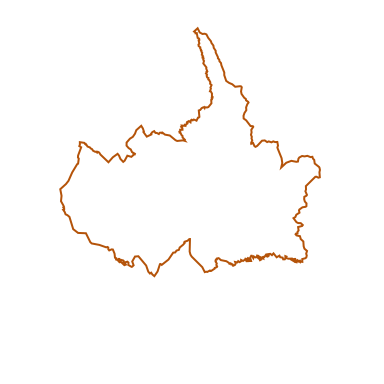 outline of Ron Phibun, Nakhon Si Thammarat, Thailand, rotated 141°
{"feature_id": "78962969B70310108322662", "entity_name": "Ron Phibun", "entity_type": "district", "adm_level": 2, "iso_a3": "THA", "parent_name": "Thailand", "parent_adm1": "Nakhon Si Thammarat", "projection": "natural_earth1", "projection_center": [99.867, 8.196], "detail": "fine", "context": "isolated", "style": "outline", "palette": "amber", "viewbox_px": 384, "rotation_deg": 141, "n_neighbors": 0, "source": "geoboundaries", "source_scale": "gbopen_adm2", "svg_char_len": 6004}
<svg xmlns="http://www.w3.org/2000/svg" viewBox="0 0 384 384"><g transform="rotate(141 192 192)"><path d="M303.3,259.2L303.5,256.6L304.3,254.2L303.4,252.4L302.9,249.8L307.7,237.9L306.3,231.9L300.4,226.7L302.6,217.0L302.3,215.1L297.3,209.2L293.5,203.0L292.3,202.5L292.0,201.6L293.1,200.1L293.1,198.7L290.6,198.0L289.7,197.1L291.0,192.8L293.2,189.4L292.6,188.3L293.5,187.3L292.8,186.2L291.3,186.3L290.6,185.7L290.9,185.0L292.6,184.6L292.5,183.0L291.2,182.4L290.6,183.9L289.9,184.0L288.5,182.0L288.5,181.3L289.3,180.6L291.0,180.7L290.6,177.7L289.1,177.2L288.8,178.9L288.3,179.5L286.0,178.5L285.8,177.1L287.4,175.4L286.1,171.9L285.5,171.6L283.5,171.8L282.2,175.6L276.9,177.7L274.1,175.8L273.9,163.7L276.1,157.6L276.0,155.1L274.5,155.0L274.7,152.8L274.2,150.3L268.8,151.9L262.3,156.1L261.7,155.8L261.4,154.4L252.8,154.3L244.8,156.7L243.1,155.6L240.9,156.2L238.6,155.3L236.5,156.6L232.0,156.6L229.8,157.0L229.7,157.8L229.0,158.0L226.1,156.9L223.7,157.1L223.2,156.7L231.3,147.2L232.6,144.4L232.9,142.0L231.3,127.1L232.5,121.7L231.2,121.2L230.5,120.3L227.5,119.7L227.5,119.1L226.8,118.6L222.6,118.2L222.1,118.7L220.0,118.0L219.3,118.3L219.0,120.0L217.7,120.9L217.5,123.0L217.0,123.1L216.7,124.1L215.6,124.5L215.0,124.0L214.4,124.6L212.9,123.8L212.4,120.9L208.8,116.5L207.9,113.6L208.1,112.7L206.9,112.3L207.1,111.2L206.4,111.0L206.0,110.0L206.6,109.3L206.5,108.8L204.5,108.3L203.1,108.9L202.5,110.5L201.0,108.7L199.6,109.2L199.1,107.5L197.3,107.3L196.6,108.2L195.7,106.3L193.3,106.1L192.5,106.5L192.1,105.6L193.0,105.2L193.2,103.9L192.1,103.1L191.6,105.3L190.1,105.5L189.7,104.3L190.5,102.0L189.5,101.2L188.2,104.3L186.1,105.2L185.6,104.8L186.0,102.0L184.5,103.0L183.9,101.3L182.6,100.7L181.4,101.6L180.6,100.6L180.5,98.6L182.2,99.3L181.8,97.6L182.1,96.2L180.8,96.0L180.9,97.6L179.8,98.2L178.5,95.5L177.5,97.6L177.5,96.7L176.7,95.9L174.4,96.6L174.4,94.9L173.9,94.2L172.5,94.2L172.5,96.1L170.1,94.7L169.6,92.6L167.3,93.0L167.3,88.0L164.1,87.5L164.5,85.8L162.9,84.0L163.5,82.3L162.3,81.3L161.3,81.5L159.8,83.4L159.3,82.5L159.9,82.4L160.3,81.3L159.0,79.4L156.1,77.3L156.0,76.4L157.3,76.6L156.6,74.7L154.8,75.7L153.9,75.0L154.1,74.4L155.8,74.1L156.1,73.0L155.0,71.6L154.2,72.4L153.5,71.5L153.4,72.5L152.9,72.6L152.6,71.1L151.3,70.7L151.8,69.2L150.9,69.2L150.2,68.3L148.5,70.5L145.6,69.2L144.4,69.2L142.8,70.4L142.1,72.2L139.7,73.8L140.3,77.2L139.4,79.5L136.6,83.5L137.1,87.0L135.9,89.7L138.1,92.5L138.1,94.0L137.3,94.2L136.0,93.5L135.1,94.6L133.4,95.0L131.6,98.0L127.8,96.3L126.7,96.6L127.1,99.4L129.0,101.0L129.8,102.8L129.6,107.8L127.4,107.5L125.2,108.7L121.5,108.3L120.4,110.4L119.6,110.8L115.8,110.6L113.0,109.0L112.0,109.0L110.2,111.1L110.3,113.6L109.3,115.9L107.7,117.6L105.5,117.1L104.5,117.4L103.4,121.2L101.8,122.2L99.8,124.9L86.6,126.2L85.7,125.6L84.8,123.6L83.4,123.0L80.5,127.2L78.7,128.6L77.7,130.5L77.5,131.4L78.7,136.9L76.8,140.1L77.0,141.8L76.3,143.6L77.9,144.5L79.6,147.5L82.1,148.8L83.8,150.7L86.9,151.3L88.3,150.9L90.5,149.0L91.9,149.8L95.2,153.7L100.3,155.4L107.2,154.9L103.6,157.7L101.1,161.9L98.1,171.7L97.6,172.9L96.0,173.9L94.2,177.2L96.0,178.5L97.0,180.2L99.0,180.6L100.5,183.0L102.2,183.5L103.0,186.3L105.3,187.8L112.3,186.8L114.2,187.1L114.6,188.2L113.7,191.7L115.6,192.2L115.2,192.9L112.7,194.2L112.0,196.2L110.8,197.2L110.2,199.3L108.2,200.8L106.8,203.0L103.4,204.1L103.3,204.8L105.0,206.5L104.8,213.6L105.6,216.6L104.0,218.8L101.5,220.4L98.3,221.4L96.7,223.7L93.8,225.4L91.8,225.9L91.6,226.7L92.3,229.2L91.6,230.5L92.1,232.3L91.8,237.0L90.6,239.3L87.4,242.1L87.4,243.2L88.1,244.0L92.2,246.6L92.9,250.4L94.5,253.4L95.5,256.8L93.4,262.5L91.7,264.6L89.4,272.0L88.3,274.0L88.4,276.3L87.5,277.8L87.7,279.6L87.0,280.5L85.8,285.5L84.7,286.9L84.4,290.3L83.2,292.4L83.1,295.5L82.4,297.3L82.4,301.6L81.6,305.4L82.5,307.0L84.4,308.2L85.6,311.1L84.6,315.7L89.4,315.4L89.0,314.0L89.4,313.1L88.3,312.5L90.6,308.2L90.0,307.0L90.1,306.3L90.7,305.5L91.4,305.7L92.9,302.7L94.2,302.5L95.0,301.2L94.5,299.2L95.3,298.4L95.4,296.9L96.0,296.4L95.8,295.6L96.4,295.1L96.5,293.7L98.0,292.5L97.8,291.3L98.5,290.7L98.4,290.0L99.3,289.7L98.9,288.6L100.0,287.8L100.2,286.3L102.3,284.8L102.4,279.8L103.3,278.9L104.2,276.1L105.2,276.2L105.4,275.5L106.5,275.4L106.6,273.6L107.5,273.1L108.1,271.5L107.5,270.3L108.5,269.2L108.2,268.3L108.7,265.8L109.8,264.7L109.5,262.8L112.0,261.5L112.2,260.5L114.6,259.0L114.1,258.5L114.5,256.0L116.4,253.7L116.1,253.1L116.7,252.3L117.6,252.6L118.3,251.4L119.1,251.5L121.1,248.7L125.8,247.7L127.1,248.2L128.7,249.8L129.3,249.4L129.2,250.1L129.6,250.0L129.9,250.7L131.8,251.1L133.9,250.6L135.4,251.1L139.0,245.7L140.1,245.6L140.6,246.0L143.6,244.6L144.5,246.4L145.2,247.3L146.3,247.2L146.8,248.4L147.8,248.4L149.3,247.1L149.8,249.1L151.6,249.4L151.7,248.9L152.3,249.0L152.5,248.1L154.2,248.3L155.2,247.6L155.5,248.6L156.1,248.1L158.1,250.1L158.3,249.5L159.0,249.6L158.9,248.9L159.4,248.9L159.4,247.5L160.2,246.4L162.0,247.8L162.6,246.8L163.8,246.9L164.3,245.9L163.7,245.2L164.3,242.9L164.1,241.5L165.0,240.3L164.8,238.5L165.1,238.2L164.7,237.3L165.3,237.1L165.3,236.1L166.5,237.8L171.4,241.0L172.2,242.6L173.7,249.9L176.9,253.6L177.6,256.7L178.3,256.6L178.5,257.5L179.8,258.3L181.3,257.9L182.2,260.1L183.2,260.9L183.1,263.1L185.1,263.5L187.2,263.0L187.4,262.3L192.3,263.5L192.0,269.2L191.3,269.3L190.2,272.3L189.8,275.4L196.4,275.1L199.6,273.2L203.3,272.1L206.7,272.5L211.7,271.6L213.7,269.2L213.6,266.0L212.8,263.6L213.5,260.8L212.3,257.6L212.8,257.3L213.6,258.3L214.0,257.6L217.0,257.5L219.4,260.9L224.7,258.7L226.5,258.7L226.8,262.8L225.8,266.2L225.8,268.5L231.7,268.8L238.2,267.7L239.6,278.7L239.3,281.1L239.9,282.5L240.9,282.3L240.9,283.5L241.9,284.1L242.9,286.3L242.7,288.2L243.3,289.6L243.3,290.9L244.6,293.1L244.3,295.4L244.7,295.7L244.4,296.4L244.9,296.8L244.7,297.9L247.8,301.3L249.4,299.3L250.7,298.6L250.0,296.5L257.6,292.0L258.9,290.6L259.0,289.2L262.7,285.7L263.7,285.9L272.8,282.6L281.0,278.4L285.0,277.5L292.6,277.1L295.8,271.1L299.6,267.3L300.4,262.6L300.9,260.9L301.7,261.0L301.9,259.3L302.4,258.8L303.3,259.2Z" fill="none" stroke="#b45309" stroke-width="2"/></g></svg>